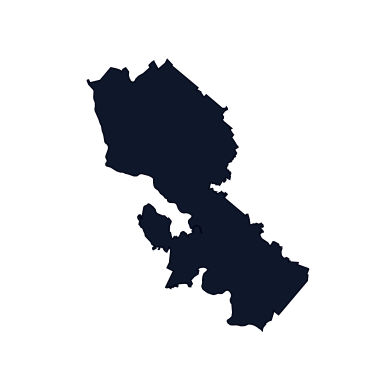 the district of Skrundas pag., Skrundas, Latvia, rotated 322°
{"feature_id": "27541924B9575577948476", "entity_name": "Skrundas pag.", "entity_type": "district", "adm_level": 2, "iso_a3": "LVA", "parent_name": "Latvia", "parent_adm1": "Skrundas", "projection": "albers", "projection_center": [22.046, 56.695], "detail": "fine", "context": "isolated", "style": "filled", "palette": "ink", "viewbox_px": 384, "rotation_deg": 322, "n_neighbors": 0, "source": "geoboundaries", "source_scale": "gbopen_adm2", "svg_char_len": 6110}
<svg xmlns="http://www.w3.org/2000/svg" viewBox="0 0 384 384"><g transform="rotate(322 192 192)"><path d="M115.3,253.4L115.6,253.7L115.7,254.4L115.9,254.7L116.4,253.4L116.6,254.0L117.2,254.5L118.0,254.1L118.4,255.4L119.2,255.3L119.7,254.6L120.9,254.7L120.1,255.1L120.0,255.5L121.4,256.2L122.1,257.6L122.8,257.5L123.5,256.4L123.5,255.8L125.0,255.9L130.0,259.2L132.2,261.3L131.4,264.6L132.7,265.8L134.1,264.5L134.4,264.8L135.7,264.4L136.5,260.7L141.6,259.8L146.3,260.2L148.7,258.1L148.3,257.6L148.8,256.8L148.4,256.2L150.9,256.1L152.8,256.8L155.1,258.3L156.6,260.3L157.0,262.8L154.8,263.7L151.4,263.8L148.9,265.3L146.4,267.8L144.6,270.3L141.7,272.6L141.0,275.1L141.3,276.7L142.6,281.0L145.4,285.3L146.4,286.3L150.6,287.8L152.1,289.5L153.3,290.3L157.6,290.2L158.7,290.4L159.9,291.4L160.6,292.7L160.7,294.6L160.3,296.8L159.2,298.6L156.0,300.5L155.2,301.7L154.7,303.0L154.6,305.0L149.9,312.1L146.8,315.0L143.5,315.3L141.5,315.0L140.6,315.3L140.2,315.9L139.9,317.3L140.6,320.0L141.4,320.9L145.9,324.3L148.2,327.3L150.9,329.3L153.4,330.2L155.1,330.4L157.9,333.1L159.5,335.5L160.6,338.3L161.2,340.6L161.9,342.4L162.0,344.4L164.2,342.4L168.9,341.3L169.0,339.9L170.6,340.6L172.8,340.7L175.5,341.6L182.0,337.0L183.3,335.4L184.7,341.9L228.2,332.8L232.1,328.7L231.4,327.5L236.3,324.6L236.4,324.1L230.2,314.2L232.1,313.0L225.5,307.0L226.4,306.7L225.5,306.0L226.9,304.4L226.2,302.1L223.3,301.0L223.2,297.1L223.8,295.9L225.5,293.4L227.9,291.8L228.7,290.6L228.1,290.4L227.1,288.1L228.0,286.4L226.1,282.0L225.3,281.2L221.2,282.8L220.9,282.8L220.0,281.6L220.3,278.6L218.4,273.0L218.0,271.1L218.7,267.8L219.0,267.5L218.8,267.4L219.0,267.0L218.8,266.7L219.1,266.4L220.6,266.9L221.1,266.4L220.9,266.1L221.1,265.8L221.9,266.5L222.5,266.2L223.1,267.3L223.5,267.3L223.7,267.0L223.7,262.6L224.8,262.0L226.1,263.1L226.8,263.0L227.5,261.5L227.1,259.7L227.2,259.3L225.2,258.8L224.5,259.0L224.0,257.4L223.2,256.3L221.7,256.3L220.7,255.0L217.9,254.4L217.6,252.9L220.2,248.6L222.1,244.0L221.2,243.3L219.4,243.6L213.7,216.3L218.2,215.4L217.8,213.2L215.7,214.2L215.5,212.8L216.1,212.4L215.8,211.7L215.4,209.9L215.1,210.1L210.9,209.1L210.6,208.6L210.6,206.9L211.1,206.9L209.3,204.7L209.5,203.5L209.8,203.3L210.3,201.9L207.1,200.3L207.7,199.1L208.9,198.9L209.0,198.3L210.7,197.2L211.2,196.5L212.0,196.3L213.6,196.8L213.4,197.6L216.2,200.2L215.5,200.9L217.7,202.7L218.0,203.6L223.1,201.6L223.5,202.1L223.3,203.6L223.9,204.0L226.2,203.3L226.0,202.4L226.3,201.9L227.5,201.4L228.3,202.0L228.3,202.6L228.6,202.7L229.5,205.2L231.7,203.3L232.0,202.3L233.8,201.2L234.2,200.5L234.3,199.7L233.3,198.8L234.1,197.4L233.0,196.0L234.3,193.5L236.5,192.9L238.4,190.9L241.6,192.1L241.6,191.6L241.9,191.3L244.1,191.4L245.2,190.9L246.6,189.4L246.9,189.5L247.1,190.6L247.8,190.7L248.1,190.3L247.8,189.3L249.9,189.3L251.0,188.7L251.5,184.6L255.9,184.9L255.8,181.7L256.2,179.8L256.7,173.2L259.8,172.5L259.9,167.9L260.9,165.8L262.4,166.2L260.1,155.6L260.5,153.2L261.1,152.7L261.9,153.2L263.1,151.9L263.1,150.6L263.8,148.9L265.5,148.8L267.5,148.1L270.7,148.6L271.2,147.8L271.3,146.3L270.4,146.8L268.8,146.1L267.9,145.3L267.3,145.3L263.0,124.3L259.6,124.9L260.0,119.4L260.5,118.6L258.5,113.9L260.8,113.5L253.6,79.8L254.6,79.6L254.0,72.4L250.3,74.2L240.8,74.6L242.1,66.2L242.4,65.4L240.5,65.2L236.3,65.7L235.9,66.7L235.9,68.3L226.4,68.9L221.3,68.1L217.2,68.6L216.2,69.5L213.1,69.6L211.9,67.4L211.7,66.4L212.1,65.3L212.1,64.2L213.5,60.7L215.9,58.2L216.1,53.4L213.4,53.0L210.3,53.8L210.0,51.5L207.9,48.3L204.5,44.2L188.4,47.6L178.7,43.2L179.4,40.0L178.4,39.6L178.0,40.0L177.0,43.6L177.6,51.2L176.8,52.7L173.2,56.7L172.1,58.5L171.0,62.1L168.7,65.2L166.7,67.0L165.8,68.7L163.6,77.4L162.0,81.8L161.6,84.2L159.0,88.9L158.2,91.6L157.2,93.8L154.3,99.0L154.3,100.6L154.8,102.4L154.4,104.7L153.2,106.3L152.1,107.2L146.1,111.0L145.5,111.9L145.0,114.3L144.5,115.4L144.0,115.9L141.5,116.8L140.8,117.9L141.0,119.0L143.4,122.2L145.9,129.0L147.9,132.0L150.2,134.0L151.2,136.2L152.8,138.1L156.4,143.6L158.6,145.2L162.2,145.4L163.9,146.5L168.3,152.2L169.6,155.0L170.1,156.5L170.0,158.0L167.7,161.0L166.2,163.6L165.7,165.4L165.8,166.7L166.8,169.9L166.5,173.8L167.4,177.1L167.5,178.5L167.3,180.0L168.4,181.7L168.3,182.7L167.6,184.0L167.5,184.7L168.2,186.4L171.4,189.1L172.4,190.7L172.6,192.3L171.1,197.0L171.1,199.7L171.4,201.4L172.6,203.1L174.9,204.7L176.6,206.7L177.5,209.2L177.7,210.2L177.4,211.1L176.4,211.8L174.7,212.3L172.7,212.3L171.6,212.8L170.4,214.3L169.9,216.8L169.1,218.4L168.9,219.7L169.3,220.6L170.2,221.2L173.7,220.4L175.2,221.3L176.4,223.2L176.6,224.7L176.3,225.9L175.1,228.3L174.6,230.3L174.3,230.2L174.9,228.3L175.9,226.1L176.3,224.0L175.9,222.5L175.4,221.8L174.0,220.8L170.0,221.5L170.1,221.8L169.8,221.6L169.5,222.6L169.2,222.9L168.1,222.8L168.1,224.6L167.7,224.9L162.7,223.5L161.7,224.4L161.2,222.7L161.7,221.5L161.2,221.5L161.4,219.6L161.0,218.5L160.4,217.7L158.3,217.4L156.3,218.7L153.7,219.7L152.5,219.4L152.4,218.6L151.7,218.8L151.6,218.1L152.3,218.1L151.9,218.0L151.8,217.7L152.2,217.6L152.1,217.3L150.8,217.5L150.6,216.3L147.7,217.4L147.4,216.6L147.4,216.0L149.9,210.7L149.5,209.6L149.5,209.1L151.3,207.1L151.4,206.5L152.2,206.1L153.4,204.6L157.0,202.7L157.5,201.9L157.5,199.7L157.4,198.3L156.2,198.4L155.6,194.0L153.9,192.7L151.1,187.6L151.0,186.3L151.3,184.3L152.1,183.2L151.9,179.2L151.5,178.8L151.5,178.2L151.1,176.0L150.2,174.6L147.9,174.8L146.1,174.1L144.8,174.4L139.0,179.6L136.6,181.0L136.2,182.3L135.5,181.7L135.2,180.4L137.0,179.0L136.9,178.0L135.8,177.6L133.9,178.3L133.2,180.0L133.2,181.7L132.3,184.5L131.6,183.9L130.4,185.0L130.6,185.5L130.3,188.4L130.7,188.5L130.9,191.0L130.1,192.9L129.6,195.5L128.3,198.0L129.0,206.1L128.3,208.8L129.0,210.0L128.9,210.7L129.3,211.1L129.6,212.3L129.1,212.7L128.9,212.3L127.0,211.8L126.2,212.4L126.0,213.5L128.5,214.0L128.2,212.6L128.5,212.3L129.5,213.2L129.9,212.9L130.8,213.8L132.9,214.9L132.9,215.2L132.7,215.5L130.4,216.6L130.8,216.9L133.3,215.6L134.0,215.7L134.2,217.1L135.3,217.8L134.7,219.2L134.4,221.1L134.7,222.6L135.2,223.7L140.2,221.3L139.7,224.7L131.8,232.9L131.8,233.4L125.8,236.4L128.9,242.9L112.7,250.9L113.2,251.9L115.5,252.8L115.3,253.4Z" fill="#0f172a" stroke="#020617" stroke-width="1.5"/></g></svg>